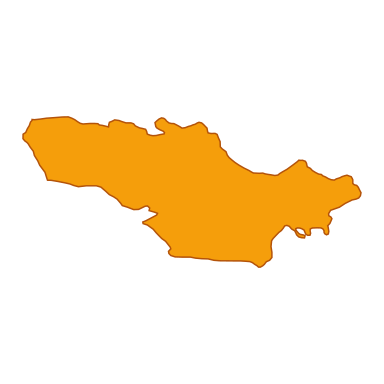 Härjedalen, Jämtland, Sweden (Natural Earth projection)
{"feature_id": "70781695B83252740141506", "entity_name": "Härjedalen", "entity_type": "district", "adm_level": 2, "iso_a3": "SWE", "parent_name": "Sweden", "parent_adm1": "Jämtland", "projection": "natural_earth1", "projection_center": [13.938, 62.166], "detail": "fine", "context": "isolated", "style": "filled", "palette": "amber", "viewbox_px": 384, "rotation_deg": 0, "n_neighbors": 0, "source": "geoboundaries", "source_scale": "gbopen_adm2", "svg_char_len": 3557}
<svg xmlns="http://www.w3.org/2000/svg" viewBox="0 0 384 384"><path d="M299.0,160.1L297.0,161.9L293.3,164.7L287.0,169.3L282.6,171.8L279.8,173.5L277.8,175.1L274.8,175.5L270.8,174.8L268.0,174.4L265.2,173.9L262.8,173.1L259.3,173.3L253.4,173.0L251.8,172.2L249.0,170.5L243.9,168.0L238.9,165.1L235.0,162.5L231.9,160.0L229.1,157.6L227.3,155.2L226.0,151.7L224.7,150.7L222.3,149.0L220.3,146.9L220.1,141.6L219.2,139.6L218.4,137.8L217.1,134.4L215.1,133.4L211.0,133.5L208.1,132.9L207.5,131.1L207.0,128.1L205.5,126.6L203.5,124.5L201.6,122.9L199.0,122.3L197.0,123.1L195.3,124.2L192.9,124.9L190.9,125.8L188.5,126.4L185.2,127.7L182.0,128.1L180.0,126.8L178.0,125.7L175.9,124.6L173.9,123.6L171.3,123.5L168.9,122.9L167.8,122.0L166.5,121.0L165.4,119.5L163.7,118.3L161.5,117.9L159.1,119.0L156.9,120.8L155.0,122.6L155.8,126.6L156.9,128.0L159.7,129.7L163.2,131.2L164.5,132.6L164.1,133.9L160.1,134.6L156.2,135.5L152.9,135.7L150.1,135.2L147.3,134.1L146.6,131.3L145.6,129.3L142.1,128.4L139.5,127.9L135.3,125.9L133.6,123.8L131.0,122.9L126.0,122.9L121.6,121.5L119.0,120.5L114.7,119.9L112.0,121.3L109.4,122.3L108.8,124.5L108.5,126.9L105.7,126.2L102.4,125.4L99.4,125.0L97.9,123.7L94.6,123.5L89.8,123.5L83.0,124.0L80.2,123.3L77.6,121.7L74.8,119.7L71.8,118.2L68.3,116.9L62.4,117.0L52.2,117.8L46.5,118.2L40.2,119.1L34.5,119.7L32.1,119.5L32.2,120.2L30.5,122.1L29.3,125.6L27.4,128.7L25.7,132.5L23.1,134.2L23.0,138.7L24.8,140.9L26.9,142.4L28.1,143.7L30.3,147.3L33.3,151.2L34.4,155.5L36.0,158.1L37.7,160.7L39.7,165.2L45.0,172.3L46.6,177.5L47.5,180.2L51.1,180.3L57.6,181.4L64.8,182.8L70.0,184.0L73.5,185.4L78.4,186.7L86.3,185.8L96.4,185.8L100.9,187.1L105.8,191.3L109.3,194.6L113.6,196.8L117.1,199.1L120.7,203.3L122.3,205.6L127.5,207.2L131.1,208.6L133.7,209.6L138.6,209.4L141.9,207.8L145.2,206.2L147.5,206.0L149.7,208.0L149.1,210.6L154.3,212.1L157.5,213.3L156.6,215.1L151.7,217.7L145.8,220.8L142.8,222.0L143.1,223.6L147.4,225.0L149.3,226.4L153.2,229.2L156.2,232.8L158.1,234.8L161.7,238.5L165.6,241.3L168.6,245.1L170.2,247.1L170.8,248.9L168.5,251.3L168.9,253.5L170.8,255.5L175.1,256.9L182.0,257.1L190.5,257.1L195.4,258.1L201.9,258.7L208.1,258.9L214.0,260.3L219.0,260.7L221.2,260.8L224.5,260.8L234.2,260.9L240.0,260.9L245.1,261.2L249.9,261.6L252.4,262.6L254.7,264.3L257.0,265.7L258.5,267.1L258.8,267.1L260.4,267.1L262.7,265.8L264.4,264.3L265.2,263.2L266.4,261.7L269.6,260.3L271.9,257.5L271.9,252.3L271.0,246.6L271.6,240.7L273.1,238.5L276.2,235.2L278.9,232.4L281.4,230.5L283.3,228.1L284.7,225.9L286.8,225.4L289.3,226.3L291.6,229.0L294.7,230.8L295.9,233.1L296.6,234.8L298.7,236.9L301.5,237.7L304.5,237.9L304.9,236.5L305.0,235.6L303.6,235.0L300.4,234.4L298.9,233.6L296.7,231.1L295.8,229.7L295.7,228.7L297.5,227.9L300.0,228.1L301.9,228.8L304.1,230.1L304.7,231.7L305.3,233.0L305.8,234.2L307.7,235.3L310.0,235.2L310.6,233.3L310.1,230.8L310.3,228.9L312.4,228.0L317.0,227.8L320.8,227.9L322.8,228.8L324.0,230.6L324.1,232.5L324.7,233.7L326.5,234.8L328.3,234.0L328.8,231.4L328.1,226.9L327.7,225.8L329.9,223.4L330.9,221.1L331.9,218.7L330.9,217.0L328.8,215.7L328.6,213.6L330.6,210.3L339.4,207.2L345.2,203.4L352.0,200.0L356.0,199.1L358.7,198.0L360.4,195.8L361.0,192.7L359.5,189.9L358.3,187.3L356.7,185.4L354.3,184.8L352.8,183.5L352.8,181.6L352.8,179.8L352.2,178.4L351.2,176.7L349.1,176.0L347.0,175.2L344.6,175.8L342.1,176.6L339.8,177.8L336.3,178.9L334.3,180.1L331.1,179.7L328.3,178.6L325.6,177.0L322.7,175.8L321.4,174.5L318.7,174.1L315.5,172.5L312.3,170.5L310.4,168.4L307.3,166.8L306.8,165.0L306.5,163.3L305.4,161.3L302.6,160.3L299.5,160.4L299.0,160.1Z" fill="#f59e0b" stroke="#b45309" stroke-width="1.5"/></svg>